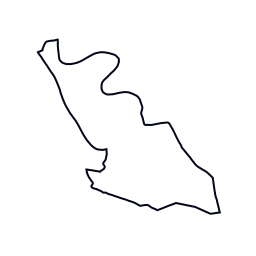 the district of Huyen Hong Ngu, Ðong Tháp, Vietnam, rotated 169°
{"feature_id": "81297802B50587214410487", "entity_name": "Huyen Hong Ngu", "entity_type": "district", "adm_level": 2, "iso_a3": "VNM", "parent_name": "Vietnam", "parent_adm1": "Ðong Tháp", "projection": "natural_earth1", "projection_center": [105.298, 10.803], "detail": "fine", "context": "isolated", "style": "outline", "palette": "ink", "viewbox_px": 256, "rotation_deg": 169, "n_neighbors": 0, "source": "geoboundaries", "source_scale": "gbopen_adm2", "svg_char_len": 4558}
<svg xmlns="http://www.w3.org/2000/svg" viewBox="0 0 256 256"><g transform="rotate(169 128 128)"><path d="M173.5,75.4L173.4,75.4L172.0,74.7L170.5,74.1L169.3,73.0L167.8,72.1L166.4,71.1L165.2,69.9L164.6,69.3L163.8,69.1L162.3,68.9L161.0,67.9L159.9,67.1L158.9,66.5L157.1,65.6L155.4,64.6L154.3,64.0L152.7,63.0L151.1,62.2L149.7,61.3L147.5,60.1L146.7,59.6L145.2,58.9L143.5,57.9L143.3,57.8L142.1,57.0L141.0,56.3L139.0,55.3L137.3,54.3L135.5,53.1L134.2,52.0L132.9,50.9L132.4,50.5L131.7,49.9L131.0,49.4L130.4,49.2L129.8,49.2L128.8,49.2L128.1,49.2L127.1,49.2L125.1,49.0L124.3,48.9L123.7,48.7L123.1,48.4L122.3,47.8L121.6,47.1L120.9,46.3L120.4,45.8L119.4,44.9L118.3,44.2L117.4,43.7L116.5,43.1L115.8,42.3L115.0,41.8L114.7,41.7L113.8,41.9L112.6,42.1L111.2,42.4L110.5,42.5L109.6,42.6L108.6,42.8L107.4,43.1L106.9,43.2L105.0,43.5L104.8,43.6L95.1,45.2L94.5,44.9L77.1,37.7L63.5,28.1L61.2,27.9L54.0,27.6L54.1,28.7L54.2,31.3L54.2,32.2L54.3,34.7L54.4,35.7L54.5,38.0L54.5,39.3L54.6,41.1L54.8,42.4L55.0,44.4L55.1,46.1L55.0,48.5L55.0,49.7L54.8,52.8L54.7,55.8L54.5,59.0L54.3,62.1L54.3,62.9L56.2,65.7L57.8,68.0L58.5,68.9L59.0,69.6L61.6,72.0L63.5,73.6L64.5,74.7L65.1,75.1L66.8,76.7L68.4,78.7L69.3,80.3L70.4,82.5L71.9,85.4L72.2,86.1L73.2,88.2L73.6,88.8L74.8,91.1L75.6,92.5L77.0,95.2L77.4,95.8L79.1,99.0L79.0,100.1L81.1,106.0L81.2,106.5L82.2,109.9L83.8,116.2L84.9,119.6L86.2,123.3L86.7,124.6L87.1,125.2L88.0,125.8L90.0,126.1L92.7,126.3L94.4,126.5L95.9,126.5L99.6,126.5L103.9,126.5L106.2,126.8L107.4,127.2L107.5,127.3L107.8,127.3L108.4,127.3L108.8,127.5L109.7,127.5L110.1,127.7L110.7,128.0L110.8,128.0L111.2,128.4L111.4,129.1L111.5,131.0L111.6,133.2L111.6,134.2L111.8,135.2L111.8,136.1L112.3,138.6L112.3,139.5L112.0,140.8L111.2,142.5L110.4,144.0L110.0,145.3L110.0,146.7L110.6,150.7L111.0,153.9L112.0,156.2L112.8,157.3L113.7,158.3L115.1,159.3L115.9,159.9L117.1,160.8L117.7,161.2L118.6,161.7L120.7,162.9L122.2,163.4L125.3,164.0L128.9,164.2L132.6,164.1L136.2,164.0L139.4,164.4L142.1,164.9L143.5,165.8L145.0,167.1L145.8,168.2L146.2,169.6L146.4,171.1L146.4,172.3L146.0,174.2L145.5,176.0L144.6,177.6L142.8,179.4L142.6,179.5L141.2,180.4L139.0,181.7L134.6,184.8L131.4,186.7L129.5,188.1L126.5,190.8L125.1,193.1L124.2,195.1L123.9,197.0L123.9,198.0L124.7,199.3L126.2,201.5L127.5,202.6L129.4,203.6L133.0,205.4L136.5,206.7L138.7,207.3L140.8,207.6L142.2,207.6L143.8,207.6L145.1,207.6L147.6,207.2L149.7,206.5L153.0,205.5L153.2,205.4L157.6,203.9L160.5,202.9L163.2,202.2L166.4,201.7L171.5,201.6L174.6,202.2L176.3,202.5L179.7,204.4L180.8,205.8L181.7,207.0L182.2,208.4L182.2,210.6L181.8,215.4L181.6,218.5L181.4,220.8L181.1,222.6L180.6,225.2L180.1,228.1L180.8,228.2L181.8,228.2L183.1,228.0L184.9,228.1L187.2,228.4L190.9,228.4L191.4,228.3L191.8,228.2L192.3,227.9L192.9,227.3L193.6,226.6L194.6,225.3L195.0,224.5L195.5,223.9L196.2,222.8L196.7,222.0L196.8,221.6L196.9,221.4L197.1,220.7L197.3,220.5L197.9,220.5L198.7,220.3L199.1,220.1L199.6,220.1L200.1,220.0L201.1,219.8L201.5,219.8L202.0,219.6L201.5,218.1L200.5,216.0L199.6,214.3L198.5,211.1L198.4,211.1L198.2,210.6L195.1,203.4L193.2,198.6L191.1,194.1L190.0,190.6L189.2,187.0L188.0,181.0L187.5,177.4L187.5,175.6L187.2,173.9L186.8,171.3L186.6,169.8L186.5,169.1L185.5,164.2L184.7,161.3L182.9,156.1L182.1,153.8L181.0,151.5L180.4,150.2L179.7,148.6L178.1,145.4L176.3,140.5L173.6,131.6L172.4,128.2L172.2,127.8L171.0,124.6L170.6,123.8L168.6,120.2L167.5,118.2L166.2,116.5L165.0,115.1L163.3,113.6L162.2,113.0L161.7,112.7L159.4,112.0L156.9,111.3L155.4,111.3L154.4,111.3L153.4,111.3L153.2,111.3L153.8,106.7L154.1,105.6L154.6,104.5L155.0,103.7L155.4,102.6L155.7,101.9L156.1,101.1L156.4,100.8L156.9,100.4L157.1,100.1L157.2,99.9L157.4,99.7L157.5,99.6L157.7,99.4L158.2,99.1L158.4,99.0L158.7,98.7L158.9,98.5L159.0,98.3L159.1,98.0L159.1,97.8L159.1,97.5L159.1,97.3L159.1,97.1L159.0,96.8L158.9,96.4L158.8,96.2L158.5,95.8L158.4,95.5L158.3,95.0L158.2,94.8L158.2,94.5L158.2,94.2L158.3,94.0L158.4,93.9L158.6,93.6L158.8,93.3L159.0,93.1L159.2,92.8L159.4,92.6L159.6,92.5L160.0,92.2L160.3,92.1L160.7,92.0L161.1,91.7L161.5,91.6L161.9,91.4L162.6,91.2L162.9,91.0L163.2,90.9L163.5,90.8L163.7,90.6L163.8,90.4L164.1,90.5L165.3,91.1L166.1,91.3L166.5,91.5L168.2,92.1L170.0,92.8L170.4,93.0L172.4,93.7L172.5,93.7L174.7,94.5L175.2,94.7L175.7,94.9L176.1,95.0L176.3,95.1L176.7,95.2L176.8,92.9L176.8,92.0L176.8,91.7L176.7,91.1L176.6,90.5L176.3,89.3L176.2,88.7L175.9,87.6L175.6,86.6L175.1,85.6L174.1,83.2L173.2,81.6L173.1,81.2L173.1,80.5L173.4,79.8L174.1,79.0L174.8,78.4L175.0,78.0L175.1,77.7L175.0,77.1L174.9,76.8L174.3,76.1L173.6,75.6L173.5,75.4Z" fill="none" stroke="#020617" stroke-width="2"/></g></svg>